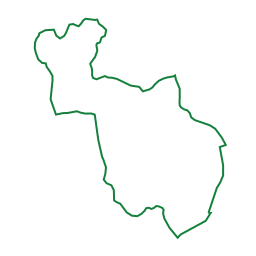 an SVG outline of Yatenga, rotated 184°
{"feature_id": "BFA-2823", "entity_name": "Yatenga", "entity_type": "Province", "adm_level": 1, "iso_a3": "BFA", "parent_name": "Burkina Faso", "parent_adm1": "", "projection": "natural_earth1", "projection_center": [-2.299, 13.586], "detail": "fine", "context": "isolated", "style": "outline", "palette": "green", "viewbox_px": 256, "rotation_deg": 184, "n_neighbors": 0, "source": "natural_earth", "source_scale": "10m", "svg_char_len": 1714}
<svg xmlns="http://www.w3.org/2000/svg" viewBox="0 0 256 256"><g transform="rotate(184 128 128)"><path d="M39.7,48.9L44.0,40.8L68.0,25.5L70.8,22.0L79.6,31.3L85.4,40.2L87.0,45.1L86.8,49.1L88.3,50.7L92.0,52.0L94.4,52.1L96.5,50.1L99.0,48.9L101.8,49.9L104.2,49.3L105.8,46.4L108.6,43.3L112.6,40.7L118.0,40.8L123.4,43.7L130.4,51.9L134.3,53.3L136.8,54.8L137.8,65.0L140.6,69.7L145.5,71.4L148.6,74.8L147.4,80.8L147.2,87.1L150.6,95.3L151.8,97.3L156.8,114.0L162.1,139.0L165.6,139.9L171.6,139.4L176.3,140.0L180.2,141.1L188.7,138.9L193.9,138.3L200.8,136.4L207.2,151.2L206.6,170.2L207.0,174.7L209.7,178.8L213.4,183.3L214.5,186.7L218.3,187.0L222.3,190.2L225.0,196.1L226.6,201.1L226.7,206.8L225.5,210.7L223.4,214.0L223.1,216.3L217.2,219.8L208.8,220.9L206.0,215.2L202.1,212.6L198.1,215.4L196.5,218.6L193.7,227.0L189.9,227.9L186.9,226.7L184.3,226.1L182.1,228.8L180.1,232.3L178.0,234.0L168.3,233.5L166.3,234.0L164.2,229.9L160.0,227.3L156.6,224.2L157.4,218.4L158.0,217.9L160.2,216.8L160.7,216.3L160.9,216.0L161.8,211.8L162.8,210.9L164.0,210.6L164.9,210.1L165.3,208.5L165.0,206.9L164.2,204.3L164.1,202.5L165.8,196.6L170.2,189.5L168.2,184.7L167.6,181.2L167.5,178.0L166.4,175.5L162.8,174.4L154.7,178.2L151.7,177.0L147.3,177.0L142.5,176.2L128.2,170.5L119.6,169.8L117.4,167.3L115.7,165.6L109.3,168.0L106.3,170.3L105.1,172.2L103.8,173.8L100.6,177.2L96.7,179.5L92.4,181.2L86.2,182.7L84.7,183.7L83.6,179.7L79.2,170.9L78.5,162.0L78.5,158.5L78.0,154.2L76.6,152.3L73.5,150.6L70.0,149.7L67.3,147.0L65.7,143.0L61.8,140.5L46.5,136.4L40.9,133.3L34.1,125.4L30.7,120.2L29.6,118.4L29.3,117.9L35.1,115.4L30.5,97.4L29.8,87.2L32.3,79.9L35.2,74.4L41.6,49.7L41.4,49.4L41.1,49.0L40.6,48.7L39.7,48.9Z" fill="none" stroke="#15803d" stroke-width="2"/></g></svg>